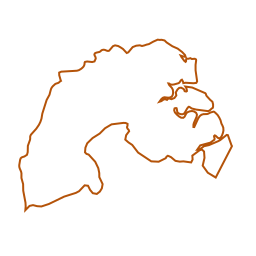 the State of Delta, rotated 185°
{"feature_id": "NGA-2860", "entity_name": "Delta", "entity_type": "State", "adm_level": 1, "iso_a3": "NGA", "parent_name": "Nigeria", "parent_adm1": "", "projection": "mercator", "projection_center": [5.747, 5.78], "detail": "fine", "context": "isolated", "style": "outline", "palette": "amber", "viewbox_px": 256, "rotation_deg": 185, "n_neighbors": 0, "source": "natural_earth", "source_scale": "10m", "svg_char_len": 3781}
<svg xmlns="http://www.w3.org/2000/svg" viewBox="0 0 256 256"><g transform="rotate(185 128 128)"><path d="M77.6,205.7L76.8,203.9L79.4,204.1L81.8,204.7L80.9,203.3L77.7,199.7L76.4,198.9L76.0,199.5L76.1,201.7L75.7,202.2L74.5,202.2L73.7,202.3L72.0,203.0L70.4,202.3L67.5,202.8L66.2,202.2L66.0,201.2L66.2,196.8L65.7,191.3L63.2,180.5L63.9,178.9L66.6,178.3L74.6,178.1L76.8,177.5L77.1,178.6L77.5,179.4L78.5,180.8L79.5,180.1L80.4,178.3L81.0,177.5L81.7,177.0L85.9,175.4L87.8,175.0L89.6,175.1L90.9,175.9L91.6,175.9L90.7,174.4L87.9,171.9L86.7,170.1L86.3,168.4L86.1,166.5L86.4,164.6L87.1,163.1L88.7,162.1L90.5,161.7L94.5,161.8L96.0,161.1L97.4,159.6L99.0,156.9L97.1,157.7L95.5,159.1L93.8,160.0L91.6,159.4L91.3,159.9L90.6,160.5L90.0,161.1L87.2,160.5L84.4,161.9L82.7,164.6L83.5,167.6L82.1,170.6L80.5,172.4L78.6,172.8L76.0,171.7L75.3,170.9L75.1,170.1L74.7,169.6L73.2,169.4L72.5,170.0L72.9,171.6L73.6,173.3L74.4,174.3L67.5,173.9L54.0,169.4L53.4,168.7L52.9,167.4L52.4,166.7L48.7,163.3L46.2,161.5L45.3,159.0L45.1,156.4L45.4,155.3L46.2,154.8L48.1,152.7L49.2,152.0L50.0,151.8L61.8,152.3L66.2,153.0L68.7,154.4L69.5,154.4L70.7,152.7L72.7,148.4L73.6,147.0L75.1,146.4L77.0,146.4L78.9,147.0L80.1,147.9L80.4,148.7L81.1,151.4L81.4,152.0L82.7,151.9L83.3,151.6L83.5,150.8L83.5,149.5L82.6,147.6L80.5,145.6L78.1,143.9L76.0,142.9L73.8,143.0L72.6,144.2L71.1,147.9L69.9,149.0L67.9,150.0L65.7,150.5L63.8,150.3L61.5,149.1L60.5,147.4L60.6,145.3L62.8,138.8L63.1,137.0L62.9,134.7L62.1,134.7L58.9,143.7L57.6,146.1L56.0,147.6L54.0,148.4L51.1,148.7L49.8,149.0L47.0,150.7L44.0,151.8L43.3,151.5L41.7,150.3L39.8,148.7L38.0,146.3L36.5,143.8L35.3,140.5L34.2,138.8L33.1,136.6L32.7,133.8L33.0,131.4L33.7,128.7L34.8,126.5L36.3,125.6L37.6,126.0L40.0,127.9L40.9,128.2L41.6,127.4L41.3,126.3L40.8,125.1L40.9,123.9L44.7,120.6L54.5,117.0L57.2,112.4L54.8,112.9L50.7,116.5L45.9,118.0L36.9,122.8L35.1,124.0L29.1,129.7L27.9,129.6L23.4,119.8L22.9,119.1L22.9,118.9L36.3,86.3L44.6,90.4L50.3,97.0L49.2,104.9L50.2,111.2L52.5,113.0L54.7,112.1L61.5,106.1L60.9,102.2L62.1,99.2L69.9,99.6L73.5,99.0L77.9,99.4L82.6,102.7L84.8,103.5L85.9,103.8L87.1,102.8L87.8,101.2L94.5,97.1L101.9,96.8L115.8,104.4L122.3,111.5L126.3,113.7L129.7,116.2L129.2,120.7L126.6,124.9L127.2,126.2L128.5,127.4L129.1,128.8L128.7,130.2L128.8,132.1L130.8,132.8L133.0,132.7L144.7,130.2L150.8,125.8L155.7,120.0L162.4,114.9L167.3,109.2L168.7,104.7L168.7,100.0L167.1,98.6L164.9,98.1L157.7,91.5L154.1,85.4L152.7,80.6L152.3,76.6L148.4,69.9L148.8,65.6L150.5,62.2L153.3,59.6L157.4,60.0L160.4,63.1L162.8,67.0L166.2,67.1L171.2,60.8L174.3,58.8L185.6,54.1L200.2,45.4L207.4,42.3L211.7,42.2L215.9,42.9L219.3,41.8L223.1,37.2L223.1,41.0L223.6,44.6L226.9,56.4L227.6,63.0L229.8,68.9L230.2,73.6L230.7,75.2L232.3,78.2L232.9,79.8L233.1,81.5L232.7,86.8L232.3,88.4L231.4,89.4L230.2,90.0L228.7,90.6L226.3,92.5L225.8,95.2L226.2,101.5L224.6,107.6L224.5,108.7L224.7,110.8L224.5,111.9L224.1,112.9L219.3,119.3L217.0,123.4L215.8,126.5L215.0,129.8L214.6,134.9L211.5,148.8L209.1,154.3L208.7,156.8L208.1,160.1L207.5,161.6L206.6,163.0L204.3,165.5L203.6,165.9L201.5,166.8L200.8,167.3L199.6,168.6L198.9,169.1L199.1,169.4L201.1,174.6L201.4,177.2L199.4,178.3L183.9,180.6L182.0,181.3L179.8,182.9L178.7,184.0L177.8,185.1L177.2,186.3L176.9,187.7L176.9,189.4L176.6,190.1L174.5,190.7L169.4,190.6L167.2,191.4L166.2,194.3L166.5,195.7L167.6,197.4L167.9,198.5L167.3,199.7L165.9,200.4L163.0,201.3L162.0,202.1L161.4,202.9L160.5,203.5L158.9,203.9L157.5,203.7L156.0,203.2L154.6,203.0L153.5,203.4L150.1,208.2L148.1,209.2L144.9,208.8L142.5,207.7L139.9,206.3L135.8,202.6L134.3,203.4L130.4,209.0L127.0,210.7L123.4,211.4L121.2,210.9L118.9,211.7L116.7,212.7L114.5,213.4L110.4,216.2L106.1,218.6L104.2,218.5L102.2,218.8L99.2,218.4L97.0,216.6L90.9,213.3L85.4,211.4L80.7,208.4L77.6,205.7Z" fill="none" stroke="#b45309" stroke-width="2"/></g></svg>